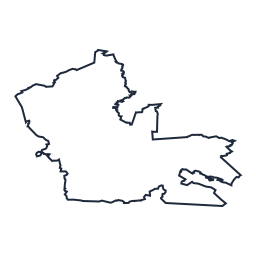 outline of Limbažu pag., Limbaži, Latvia
{"feature_id": "27541924B16495698294804", "entity_name": "Limbažu pag.", "entity_type": "district", "adm_level": 2, "iso_a3": "LVA", "parent_name": "Latvia", "parent_adm1": "Limbaži", "projection": "equal_earth", "projection_center": [24.723, 57.482], "detail": "fine", "context": "isolated", "style": "outline", "palette": "slate", "viewbox_px": 256, "rotation_deg": 0, "n_neighbors": 0, "source": "geoboundaries", "source_scale": "gbopen_adm2", "svg_char_len": 5790}
<svg xmlns="http://www.w3.org/2000/svg" viewBox="0 0 256 256"><path d="M240.6,175.1L220.8,157.2L221.3,155.9L222.8,156.1L226.8,155.3L227.0,155.0L226.7,154.7L226.7,153.8L229.9,153.0L229.8,152.6L231.9,151.5L230.1,150.3L226.5,146.8L227.4,146.4L230.2,146.2L230.7,145.8L230.5,145.0L231.9,144.8L232.7,143.3L231.8,142.4L234.6,140.8L232.3,140.0L229.4,141.2L225.8,139.3L222.2,138.0L221.6,137.7L219.2,138.0L216.2,136.3L209.2,137.6L209.1,137.9L208.5,137.8L205.6,136.6L203.2,136.3L201.8,134.8L199.2,134.8L199.1,135.0L198.6,134.8L192.0,134.9L190.8,135.3L189.9,135.9L187.3,136.8L187.2,137.1L152.8,139.5L152.2,131.6L153.3,131.8L157.0,131.8L157.4,116.3L157.8,114.0L156.9,111.4L155.8,111.1L155.2,107.8L158.0,107.6L157.8,106.8L160.3,105.3L160.4,104.3L160.6,104.1L151.9,104.9L148.7,104.8L148.7,106.1L148.4,106.4L143.8,108.6L143.7,108.4L142.5,109.0L142.3,111.5L142.0,112.2L138.5,112.3L136.6,112.5L135.9,112.4L133.6,119.3L131.7,124.6L130.1,124.6L129.8,122.8L128.1,122.8L127.3,122.5L126.9,122.8L126.4,122.7L120.3,119.5L121.0,118.0L120.9,116.7L121.2,116.4L119.5,116.2L118.7,115.0L118.7,114.3L118.9,113.7L118.8,113.1L116.9,111.4L117.3,110.2L116.2,109.9L116.3,109.7L115.9,108.8L116.6,108.9L116.8,108.2L113.1,107.8L113.3,107.0L117.5,107.2L117.9,104.8L115.3,104.3L115.5,103.8L117.6,104.1L117.3,103.8L116.9,102.7L117.1,102.6L117.0,102.4L117.7,102.3L117.9,101.1L122.1,101.8L122.2,101.5L122.9,101.3L122.5,101.0L122.7,100.7L122.7,100.2L122.1,100.0L122.7,99.8L122.8,100.0L122.6,100.1L122.9,100.1L122.9,99.7L124.2,98.7L124.5,98.4L124.6,98.0L124.8,97.9L125.7,98.1L126.5,97.5L129.4,97.6L130.2,96.3L130.1,96.1L130.6,96.3L130.7,96.2L130.4,96.1L130.9,95.2L131.5,94.9L131.2,94.8L131.0,95.1L130.7,95.0L131.1,94.4L131.5,94.4L131.8,94.0L132.3,94.0L132.2,93.8L133.9,94.1L133.9,93.8L134.4,93.8L134.4,93.5L134.2,93.5L134.2,93.2L133.9,93.2L133.9,92.8L135.3,92.6L135.5,91.7L133.4,91.9L133.2,91.6L131.8,91.3L130.8,92.1L130.1,92.2L129.6,92.1L129.0,90.9L128.6,90.4L128.6,89.3L128.3,88.9L126.9,87.7L126.9,87.4L126.6,87.0L125.6,86.5L125.4,86.3L124.9,86.2L124.9,85.8L125.4,85.1L125.5,84.8L125.4,84.6L125.6,84.4L125.4,84.2L125.7,83.8L125.4,83.6L125.4,83.0L125.5,82.7L125.3,82.5L125.7,82.0L125.9,81.4L125.7,81.2L125.8,80.6L125.5,80.4L125.1,77.9L124.6,77.6L123.3,77.4L122.8,77.1L122.6,76.3L122.0,75.8L122.1,75.4L123.0,74.7L123.0,74.3L122.6,74.0L123.2,73.8L122.7,73.4L123.3,72.7L123.9,72.4L123.9,71.9L122.7,70.7L121.9,70.6L121.3,70.7L121.1,70.1L121.5,69.6L121.6,69.0L122.2,68.3L122.2,67.6L122.5,67.4L122.5,66.9L122.2,66.2L123.1,65.4L123.1,64.7L122.2,64.1L118.5,63.4L117.7,62.7L116.4,62.5L116.1,62.2L116.3,61.7L116.1,61.6L116.5,61.4L115.3,59.5L113.6,55.4L113.4,54.4L106.5,55.6L105.7,55.5L103.9,55.1L104.1,54.0L102.8,53.5L104.7,52.4L105.6,52.4L106.8,51.4L98.2,50.0L98.2,50.4L95.2,52.2L94.3,62.6L76.6,70.1L75.6,69.2L74.7,69.3L72.7,68.8L68.9,70.2L66.5,71.6L63.2,72.7L62.8,72.6L60.9,73.3L60.7,73.2L57.1,75.9L58.3,77.8L55.5,80.2L54.4,80.0L54.0,80.8L54.9,82.4L53.4,82.9L53.9,84.0L52.5,86.4L45.9,86.8L44.7,85.8L35.9,84.1L35.2,84.6L32.9,85.5L30.9,87.1L29.7,87.4L29.6,87.9L29.1,88.2L28.2,88.0L28.0,88.7L25.9,89.8L21.4,91.1L22.3,92.5L19.7,93.6L18.2,94.0L17.2,94.6L15.4,96.3L21.9,107.2L25.9,122.3L26.5,121.4L29.2,120.7L29.3,121.0L29.3,122.4L29.1,123.0L28.2,123.8L28.4,124.3L27.6,126.4L28.4,126.5L29.2,127.7L36.4,135.1L38.6,136.5L43.0,137.2L46.0,140.0L48.0,140.8L48.4,141.3L48.6,142.2L49.0,144.0L46.5,144.5L47.3,145.8L46.3,148.1L45.6,148.8L42.1,149.9L41.9,150.2L41.7,151.1L40.4,152.2L38.8,151.7L36.9,152.8L36.1,154.2L37.0,156.4L40.2,155.5L41.6,153.5L42.8,152.6L43.6,153.0L44.0,154.0L44.6,154.1L47.5,154.2L47.9,154.4L48.2,154.1L49.4,154.3L48.7,155.0L48.6,155.7L47.2,155.7L48.9,157.8L52.2,161.0L52.9,160.7L56.6,160.7L58.4,160.1L59.0,159.6L60.1,164.1L60.5,165.4L59.8,167.9L61.3,168.6L60.6,171.4L65.8,171.4L67.6,173.6L66.7,174.9L64.3,175.8L64.5,177.6L64.4,178.0L65.1,179.4L65.3,179.4L65.5,180.4L64.9,183.8L64.6,187.8L65.0,188.2L64.5,188.4L64.4,190.0L65.4,190.5L65.3,191.1L66.8,191.7L64.8,194.4L66.5,196.0L66.7,198.1L67.8,199.7L74.2,199.7L81.4,200.5L82.6,201.0L92.6,201.3L99.2,201.5L101.9,200.6L110.0,202.6L111.5,202.5L115.6,200.6L116.4,200.7L116.4,200.4L117.7,200.4L118.4,200.0L119.7,200.4L121.7,200.6L123.8,201.7L123.9,201.8L123.9,203.0L128.5,202.9L129.5,201.7L131.5,201.1L133.6,200.9L134.5,201.1L134.9,200.7L135.7,200.9L136.7,200.7L137.8,200.7L138.8,200.4L140.2,200.5L140.4,200.4L140.8,200.6L141.0,200.2L144.9,199.1L144.0,197.0L145.7,194.9L150.0,195.7L149.7,191.5L152.8,190.1L155.0,188.8L158.1,188.7L158.4,187.6L159.0,186.4L161.4,185.4L162.8,185.7L162.8,187.6L163.8,189.6L165.7,190.6L165.5,191.3L165.6,192.0L164.3,193.8L162.6,193.9L162.3,195.8L162.6,196.7L161.1,197.8L161.1,198.6L165.7,203.0L222.4,206.0L225.8,203.4L221.2,199.6L214.0,193.0L215.5,190.0L211.9,187.8L211.0,187.3L206.0,186.6L198.2,183.6L193.5,183.1L192.1,181.8L187.1,185.1L181.4,183.6L181.4,182.4L181.6,182.0L182.3,181.2L184.2,180.8L184.2,180.4L185.5,179.3L179.1,175.6L180.1,172.0L181.1,171.8L181.4,171.1L180.8,170.4L182.5,169.0L183.7,169.6L186.0,169.4L191.3,172.9L192.6,173.6L192.7,173.4L192.6,172.7L193.0,172.6L193.7,172.8L194.1,172.7L193.7,171.9L193.8,171.5L195.1,170.8L195.7,170.7L197.0,171.1L198.6,171.4L200.6,172.4L200.6,172.8L200.2,173.3L200.3,173.7L201.7,173.7L202.9,174.7L204.1,174.9L205.8,176.0L207.3,176.6L208.0,177.2L208.0,177.7L207.1,177.7L205.5,176.9L206.1,177.7L208.0,178.1L208.6,178.4L208.9,178.9L209.2,180.0L209.8,180.5L210.1,180.6L210.9,180.3L213.0,180.1L213.2,179.8L212.9,179.3L211.6,179.0L210.0,178.3L209.0,176.7L209.5,176.5L212.7,176.8L213.8,177.5L215.5,177.5L217.6,177.9L222.0,179.5L222.6,180.0L222.4,180.3L222.0,180.5L219.3,180.0L218.0,179.5L217.7,179.6L217.5,179.9L220.4,180.5L220.9,181.0L220.7,181.4L222.5,182.2L225.8,182.7L231.4,185.3L231.5,183.6L233.8,179.9L235.0,178.5L236.6,176.9L238.6,177.4L240.1,175.3L240.6,175.1Z" fill="none" stroke="#1e293b" stroke-width="2"/></svg>